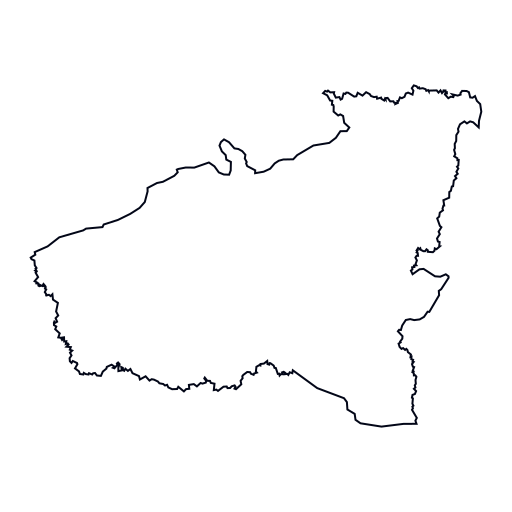 Si That, Udon Thani, Thailand
{"feature_id": "78962969B71441288528708", "entity_name": "Si That", "entity_type": "district", "adm_level": 2, "iso_a3": "THA", "parent_name": "Thailand", "parent_adm1": "Udon Thani", "projection": "mercator", "projection_center": [103.258, 17.041], "detail": "fine", "context": "isolated", "style": "outline", "palette": "ink", "viewbox_px": 512, "rotation_deg": 0, "n_neighbors": 0, "source": "geoboundaries", "source_scale": "gbopen_adm2", "svg_char_len": 5964}
<svg xmlns="http://www.w3.org/2000/svg" viewBox="0 0 512 512"><path d="M313.4,145.5L297.2,155.1L293.2,159.3L283.3,159.5L278.8,160.7L274.7,163.4L270.2,168.7L263.7,171.7L255.1,173.2L255.2,170.3L247.2,166.1L246.1,163.4L246.7,162.0L244.8,158.5L245.4,154.8L242.3,151.2L238.4,149.0L234.4,148.4L229.0,142.2L224.0,139.4L220.9,142.1L219.5,145.6L221.9,151.4L225.7,155.1L226.3,159.6L230.9,161.9L230.7,170.5L229.1,174.7L223.8,174.5L218.8,172.4L214.4,166.3L208.9,162.5L194.3,167.6L185.8,167.5L178.2,169.0L176.8,169.6L177.7,172.3L174.3,175.8L162.9,181.8L157.0,183.0L147.5,188.0L147.6,191.4L144.8,202.0L139.6,207.9L130.2,213.9L118.0,219.9L103.7,224.5L102.5,227.1L86.1,228.6L83.2,230.4L59.3,237.3L47.6,246.4L34.7,252.1L35.3,254.7L30.7,257.6L31.5,259.2L34.4,260.5L34.8,265.4L36.5,268.0L35.5,268.8L36.5,270.8L35.5,270.9L36.4,271.8L35.6,272.7L38.1,277.1L34.6,281.2L37.2,282.6L36.6,283.4L38.4,283.7L38.4,285.6L39.3,286.2L40.1,286.0L39.5,284.7L42.3,286.0L43.5,284.0L44.7,285.4L43.4,285.9L45.7,287.1L45.0,288.6L46.2,289.4L44.8,292.1L46.7,294.8L45.5,295.7L48.9,294.8L50.6,296.1L52.4,294.3L53.0,299.6L57.9,302.9L56.1,311.5L58.2,315.5L55.6,318.2L57.1,321.7L55.2,322.8L54.3,321.7L53.9,322.7L54.0,325.1L56.3,326.5L55.2,329.2L59.7,333.4L58.3,337.4L60.9,337.8L62.1,340.0L63.5,338.7L62.7,337.5L64.0,337.3L64.2,341.5L66.3,341.2L65.8,344.0L67.7,343.4L68.6,344.5L66.5,346.7L70.8,347.1L69.8,349.7L72.2,350.6L70.0,352.7L71.5,355.4L69.6,358.2L69.9,361.3L71.5,362.9L72.8,361.0L77.0,363.0L77.4,364.2L75.0,368.4L79.0,371.4L79.9,374.0L83.3,374.5L83.8,372.9L85.8,374.1L88.5,374.5L89.0,373.2L92.2,374.5L93.1,373.3L95.0,373.0L96.9,375.5L100.9,375.9L102.8,371.6L106.4,368.6L106.8,366.9L111.6,364.7L114.8,366.8L113.1,367.8L114.4,368.3L116.8,365.5L118.0,365.8L116.9,363.5L118.1,362.5L119.6,364.2L118.3,367.7L118.4,371.1L121.9,370.4L121.3,367.1L122.8,367.8L123.1,370.1L124.2,370.8L125.4,368.7L127.9,370.9L130.4,369.0L132.5,373.2L139.0,376.1L139.9,379.5L145.6,376.3L149.5,380.6L151.7,379.2L153.9,379.6L157.9,381.5L159.4,383.3L163.2,384.0L165.0,385.5L167.1,384.8L168.3,387.4L172.1,389.2L177.1,389.0L178.3,386.8L183.9,391.4L186.1,389.1L189.3,388.8L188.9,384.9L193.8,384.1L196.9,386.4L200.6,383.0L202.5,383.6L205.8,382.6L206.2,380.9L204.3,378.5L204.8,377.6L207.3,380.8L210.0,380.9L210.8,382.9L214.5,383.7L213.8,390.1L216.3,389.6L218.0,390.9L223.5,386.7L226.7,386.5L227.5,388.1L230.1,388.0L231.7,386.3L234.6,385.4L235.5,386.6L234.5,388.6L236.0,389.2L241.3,384.3L240.6,380.8L242.6,378.3L242.3,376.2L243.3,374.9L247.2,372.0L250.1,372.2L250.9,373.7L253.6,374.8L254.1,373.5L256.9,372.6L255.9,371.5L256.4,366.8L259.3,365.1L260.4,365.5L260.5,364.0L263.9,363.6L267.2,361.0L267.5,364.1L269.2,364.6L269.6,363.1L270.4,363.2L273.7,365.6L274.5,367.9L275.8,368.0L277.8,373.9L279.2,373.7L279.6,375.5L280.8,374.2L283.1,374.2L282.1,372.4L283.7,371.8L285.3,372.9L284.8,374.2L287.3,373.9L288.3,374.9L289.7,372.3L292.3,373.2L292.8,370.3L317.2,388.1L344.0,398.2L346.9,402.1L347.4,409.5L354.7,413.9L355.5,419.8L360.5,423.3L381.5,426.6L403.3,423.9L416.5,423.8L415.4,420.7L416.8,417.9L412.0,409.8L412.9,408.3L412.4,406.6L413.4,405.7L412.4,403.7L412.9,398.4L411.9,397.7L412.5,394.9L414.9,394.0L416.1,391.1L413.9,388.8L415.4,387.5L414.8,385.3L415.8,383.8L415.5,380.0L416.4,376.8L415.3,375.3L413.9,375.4L413.8,373.2L412.5,372.2L413.5,371.3L412.7,370.8L414.1,367.1L412.9,366.7L412.0,364.1L413.6,362.0L412.5,361.7L413.1,359.8L411.3,359.2L411.5,356.7L410.5,357.0L410.9,354.5L407.9,352.1L407.4,350.0L406.3,348.9L405.1,349.9L403.1,348.1L401.5,348.9L399.6,346.9L398.6,343.6L400.6,342.4L400.1,341.6L402.3,338.7L402.5,336.2L397.9,331.3L399.1,329.8L400.9,330.0L402.2,325.5L405.8,320.0L410.2,319.1L414.2,320.1L419.7,319.4L424.0,316.9L427.6,311.7L429.3,311.9L439.1,295.2L438.8,290.9L441.2,289.2L448.6,277.8L448.5,276.3L445.8,274.3L440.3,276.7L435.0,276.3L423.6,268.9L419.5,269.3L412.6,274.2L410.9,270.6L412.4,269.5L412.1,267.3L414.3,267.0L414.0,265.6L416.3,265.3L415.5,264.3L416.9,260.4L415.4,257.5L416.6,255.8L418.0,255.8L417.7,253.0L416.6,252.4L417.5,250.6L416.7,250.3L418.1,248.0L419.4,249.1L420.3,248.3L420.7,249.8L423.4,251.2L425.1,251.2L426.5,249.3L427.8,250.3L427.8,251.8L432.9,252.2L434.5,250.7L434.8,248.4L436.5,249.2L439.9,246.3L439.2,246.2L439.6,242.0L437.9,241.5L437.0,238.5L439.8,234.1L438.6,231.7L441.4,227.2L439.9,225.9L437.2,218.4L439.2,216.6L439.8,212.6L443.0,210.3L442.5,208.7L443.4,205.6L444.2,205.5L443.4,200.2L449.2,197.7L449.3,192.0L450.9,190.8L451.8,186.5L453.1,186.2L453.8,180.5L456.4,178.2L455.0,176.1L457.7,173.8L456.4,171.8L458.3,168.5L457.0,166.7L458.3,165.5L458.7,160.0L457.4,160.1L457.4,158.3L454.2,156.3L455.3,154.1L454.1,149.9L454.9,148.2L454.7,143.9L456.2,141.0L456.3,135.1L458.5,131.7L458.0,128.9L460.0,124.3L464.4,121.4L466.9,123.4L470.1,121.4L473.2,122.3L478.7,127.4L479.0,120.8L481.3,111.7L480.2,104.1L476.9,100.9L475.0,96.1L472.6,97.7L470.2,97.4L468.9,92.2L466.6,91.0L462.1,90.9L460.4,93.2L460.6,94.6L457.7,95.6L452.4,94.4L453.8,95.9L453.3,97.1L450.8,96.7L448.3,98.2L444.9,94.4L445.4,93.3L446.9,93.4L446.8,92.2L445.5,92.5L445.5,90.5L442.7,90.4L443.9,91.0L442.0,93.1L440.5,90.4L438.5,92.6L436.7,90.4L429.0,90.6L428.9,91.5L428.1,90.1L426.3,90.8L425.6,89.2L422.8,88.2L419.5,88.6L419.0,87.4L417.9,88.0L416.6,86.3L413.8,85.4L411.8,88.2L413.4,90.7L412.5,94.6L408.1,92.6L405.8,93.5L404.5,96.8L401.8,98.2L400.0,97.4L398.6,100.9L397.4,101.1L397.9,102.9L395.4,104.0L395.6,102.9L394.2,102.7L393.4,101.3L390.2,101.4L387.6,97.9L385.5,98.1L385.6,99.4L385.0,98.6L384.2,100.5L381.4,98.8L381.1,97.6L377.1,98.7L376.7,96.7L374.0,97.1L371.0,96.0L369.7,94.1L366.1,92.2L362.5,95.6L357.7,92.8L356.3,96.3L354.2,96.6L348.1,92.7L346.3,92.6L345.4,93.9L343.6,93.5L342.1,98.8L340.6,99.6L339.4,97.1L335.8,97.6L333.8,93.6L334.1,92.2L330.3,92.4L328.0,90.6L327.1,91.6L325.2,90.9L323.1,93.2L327.2,95.3L330.1,100.5L332.3,100.8L331.9,104.7L333.3,105.0L333.7,106.5L333.6,111.6L338.2,115.5L340.3,114.4L343.1,116.0L344.2,122.8L349.3,127.5L346.8,131.1L340.4,131.2L335.9,137.8L329.3,142.9L313.4,145.5Z" fill="none" stroke="#020617" stroke-width="2"/></svg>